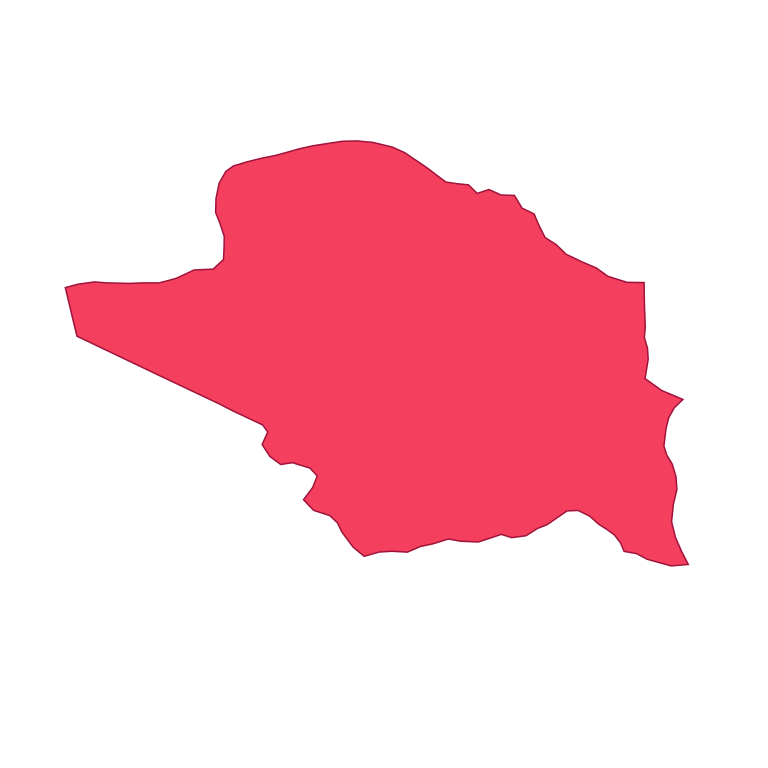 Águas Lindas de Goiás, Goiás, Brazil (Robinson projection), rotated 256°
{"feature_id": "56859067B76807503116989", "entity_name": "Águas Lindas de Goiás", "entity_type": "district", "adm_level": 2, "iso_a3": "BRA", "parent_name": "Brazil", "parent_adm1": "Goiás", "projection": "robinson", "projection_center": [-48.29, -15.745], "detail": "fine", "context": "isolated", "style": "filled", "palette": "rose", "viewbox_px": 768, "rotation_deg": 256, "n_neighbors": 0, "source": "geoboundaries", "source_scale": "gbopen_adm2", "svg_char_len": 1631}
<svg xmlns="http://www.w3.org/2000/svg" viewBox="0 0 768 768"><g transform="rotate(256 384 384)"><path d="M554.6,98.1L514.5,97.7L504.6,97.7L448.0,166.3L404.4,219.5L394.3,231.0L373.6,256.4L365.5,259.6L354.8,251.1L341.2,255.8L330.9,264.3L329.8,276.1L320.4,291.7L310.9,297.0L300.8,289.7L291.2,277.9L278.4,285.2L269.4,299.6L260.4,305.3L250.6,307.3L233.1,314.6L221.6,323.1L222.1,338.8L219.8,351.1L215.2,366.1L217.5,379.9L217.1,393.3L218.0,409.0L212.9,420.3L207.9,437.2L208.8,450.1L209.7,461.5L204.0,470.8L202.4,485.0L206.7,498.0L208.1,508.4L212.2,519.3L216.6,530.9L214.3,541.8L205.8,551.8L196.1,558.3L188.4,565.6L181.7,571.1L172.5,575.1L163.5,576.5L158.3,588.1L150.2,597.0L138.0,618.7L135.3,635.6L149.3,632.3L164.4,629.7L180.7,629.7L197.1,635.6L210.8,642.7L223.5,644.9L236.6,644.3L246.6,641.2L256.1,640.6L272.6,646.9L282.2,652.0L290.7,659.9L296.7,670.3L310.4,652.0L326.1,638.6L344.0,646.3L354.8,648.3L366.2,647.9L375.7,651.2L399.8,656.3L419.5,660.9L423.9,644.3L434.4,627.2L445.0,618.3L454.6,605.7L465.8,592.1L477.6,584.8L487.2,575.7L501.7,572.5L512.7,570.8L521.2,560.5L535.4,556.2L539.1,543.3L547.3,532.9L546.4,520.5L556.8,514.2L560.9,502.7L565.0,492.9L572.8,486.5L583.1,478.3L593.7,468.8L603.6,459.9L611.8,449.5L621.0,431.9L626.3,416.9L629.5,402.9L630.9,388.7L632.3,373.0L632.7,358.4L632.3,346.5L632.0,334.1L632.7,319.9L632.7,304.5L632.0,290.7L628.6,282.0L618.7,272.6L604.7,265.9L591.1,262.1L579.5,263.7L565.9,264.7L556.0,262.1L543.6,258.4L536.8,246.0L540.6,227.2L536.8,208.1L536.5,190.3L540.6,174.0L543.2,161.2L546.4,149.7L549.1,139.7L553.1,127.8L554.9,111.1L554.6,98.1Z" fill="#f43f5e" stroke="#9f1239" stroke-width="1.5"/></g></svg>